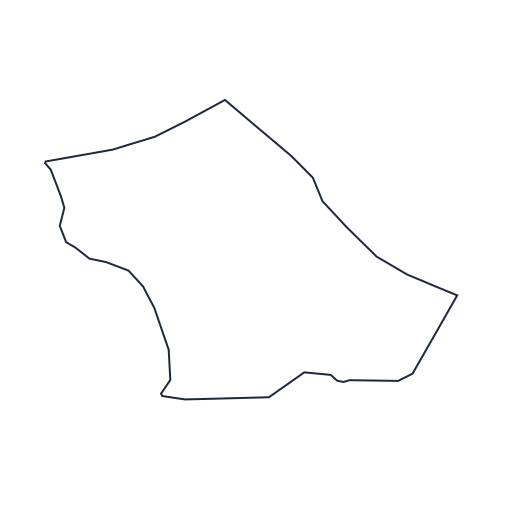 outline of Yarpea Mahn, Nimba, Liberia, rotated 66°
{"feature_id": "62588387B64952289701703", "entity_name": "Yarpea Mahn", "entity_type": "district", "adm_level": 2, "iso_a3": "LBR", "parent_name": "Liberia", "parent_adm1": "Nimba", "projection": "mercator", "projection_center": [-8.674, 7.231], "detail": "fine", "context": "isolated", "style": "outline", "palette": "slate", "viewbox_px": 512, "rotation_deg": 66, "n_neighbors": 0, "source": "geoboundaries", "source_scale": "gbopen_adm2", "svg_char_len": 1083}
<svg xmlns="http://www.w3.org/2000/svg" viewBox="0 0 512 512"><g transform="rotate(66 256 256)"><path d="M84.1,409.7L85.4,410.9L93.6,408.4L110.9,409.3L113.6,409.5L121.9,409.9L134.1,411.5L148.6,423.0L166.2,423.8L169.0,421.8L174.6,417.7L190.7,409.2L192.4,406.8L200.6,395.4L205.4,390.6L217.5,378.4L238.1,371.5L240.5,371.4L245.6,371.1L261.8,370.0L294.7,372.9L306.2,373.9L310.6,375.6L334.4,384.7L343.1,398.7L345.8,398.6L358.1,379.3L366.4,359.4L390.3,301.6L388.5,292.5L387.7,288.6L383.6,267.5L381.9,259.3L395.0,236.1L398.1,234.7L403.0,232.5L404.6,230.2L406.7,227.3L406.8,226.4L407.5,221.1L418.4,197.5L427.9,177.0L427.4,165.7L427.3,163.9L427.1,160.8L404.4,129.8L383.6,101.5L382.7,100.3L373.8,88.2L369.3,92.5L355.4,105.7L334.6,125.3L331.7,127.4L316.6,138.2L315.3,139.1L305.6,146.1L286.9,153.4L284.8,154.3L266.6,161.4L262.7,162.8L255.3,165.3L232.9,173.0L230.2,172.9L207.7,172.2L179.4,182.9L171.1,186.9L148.0,198.1L140.9,201.6L100.8,220.9L104.0,261.8L104.4,266.0L104.7,273.3L105.6,293.4L105.9,299.9L102.8,324.8L100.5,343.8L84.1,409.7Z" fill="none" stroke="#1e293b" stroke-width="2"/></g></svg>